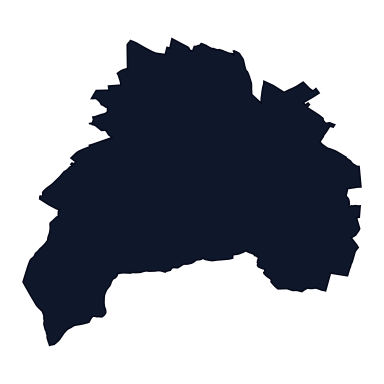 outline of Cucerdea, Mures, Romania
{"feature_id": "2599482B79470279503619", "entity_name": "Cucerdea", "entity_type": "district", "adm_level": 2, "iso_a3": "ROU", "parent_name": "Romania", "parent_adm1": "Mures", "projection": "robinson", "projection_center": [24.246, 46.395], "detail": "fine", "context": "isolated", "style": "filled", "palette": "ink", "viewbox_px": 384, "rotation_deg": 0, "n_neighbors": 0, "source": "geoboundaries", "source_scale": "gbopen_adm2", "svg_char_len": 5851}
<svg xmlns="http://www.w3.org/2000/svg" viewBox="0 0 384 384"><path d="M358.3,247.5L356.4,244.5L351.2,237.8L355.6,235.2L359.0,230.3L359.7,228.7L356.5,217.6L359.3,217.3L360.2,205.8L359.1,206.0L355.1,205.6L352.8,206.0L351.6,205.7L351.0,206.0L350.7,206.5L350.1,206.6L349.3,206.1L349.0,205.3L349.4,204.0L349.1,203.4L349.2,201.7L348.6,199.2L348.1,198.4L346.4,196.4L346.1,195.6L346.1,195.0L346.7,193.3L346.7,192.5L347.0,192.1L347.1,191.2L347.4,190.1L347.3,188.7L357.8,187.1L361.0,187.0L359.1,166.4L357.5,166.4L356.2,165.9L352.8,163.8L352.2,163.2L350.4,160.9L347.6,159.0L346.2,158.0L346.1,157.2L336.2,151.3L334.6,150.6L330.4,149.0L328.3,148.4L327.0,147.8L324.4,146.0L322.2,144.3L321.1,143.3L320.7,142.5L319.9,141.8L323.4,136.4L323.2,136.0L326.5,131.5L329.8,126.3L331.4,126.6L333.2,127.2L334.8,124.7L332.7,124.0L329.6,122.7L327.0,123.2L325.9,123.3L325.1,122.7L323.2,120.3L323.1,118.6L322.5,117.9L318.8,115.0L307.0,107.4L309.5,104.6L308.1,103.0L305.2,105.0L303.4,102.6L312.8,97.1L319.2,93.0L316.5,89.3L315.9,88.5L314.6,89.8L312.8,90.9L310.3,89.1L309.2,88.2L303.2,82.1L296.5,86.4L291.5,88.9L289.8,89.5L284.2,92.3L283.7,92.1L273.2,85.5L263.9,81.2L263.7,84.2L262.9,86.9L262.3,90.2L261.9,93.3L261.7,95.5L261.3,97.5L261.2,99.4L261.1,103.2L251.7,94.4L251.7,92.9L251.5,89.3L251.5,84.6L251.2,82.6L249.1,75.9L248.6,74.5L247.3,71.6L246.4,70.9L245.9,70.3L244.8,66.4L243.5,60.5L242.9,58.8L241.1,56.2L239.7,54.0L239.2,53.4L237.1,52.1L234.0,50.8L233.4,51.0L234.0,52.3L234.1,53.2L233.7,54.9L233.3,53.8L228.9,53.2L224.0,51.3L222.9,50.7L219.2,49.6L217.3,49.9L213.3,48.5L212.7,48.5L212.2,48.8L208.7,47.0L205.5,45.1L201.3,43.5L200.7,44.0L200.1,44.9L200.1,45.4L199.8,45.5L199.0,45.6L198.3,45.5L197.9,45.6L196.6,46.3L195.5,46.4L195.1,46.6L194.3,46.4L193.4,48.7L193.1,50.2L192.4,50.8L191.2,50.6L190.6,50.9L190.2,50.3L189.6,50.1L189.7,49.6L189.2,49.1L189.1,48.6L188.5,47.6L187.9,47.1L179.7,42.8L171.9,38.6L169.9,48.1L167.0,47.3L165.2,54.5L155.9,53.2L152.4,51.8L144.4,47.6L137.0,43.3L134.7,42.2L130.5,40.5L129.1,42.3L128.0,43.5L127.2,44.6L127.5,68.5L123.4,69.7L121.1,70.7L119.2,72.0L117.3,73.4L118.2,74.8L120.1,80.6L120.6,82.5L120.8,85.1L108.4,86.0L108.9,88.9L109.0,90.2L96.2,90.5L92.9,96.0L91.4,98.6L96.2,98.5L97.1,99.4L98.2,100.2L100.0,102.1L101.3,104.5L101.7,104.9L102.6,104.9L103.0,105.1L103.3,105.6L104.2,105.9L105.4,106.9L106.1,107.2L106.9,107.2L107.4,107.4L107.5,107.9L107.4,109.2L107.6,110.8L107.4,111.6L106.6,112.6L105.3,113.4L103.6,114.0L101.1,114.6L94.7,116.8L92.8,117.0L93.5,119.7L92.1,123.3L90.0,123.3L89.6,123.5L89.8,123.8L91.2,123.8L92.2,124.6L94.3,125.0L95.6,125.7L101.4,130.4L101.9,130.5L105.1,130.1L105.5,130.4L106.7,131.7L108.8,135.0L110.1,135.8L111.9,137.3L112.1,137.5L93.0,144.2L89.3,145.3L89.9,146.7L82.8,149.4L78.1,151.6L76.0,153.2L70.9,158.0L75.8,161.9L74.1,163.8L73.7,163.6L73.4,163.9L72.0,163.0L70.8,164.2L72.3,165.8L72.1,166.1L70.0,166.9L68.9,168.0L67.6,169.4L66.1,170.6L64.1,171.7L59.4,177.2L51.8,184.5L46.7,188.2L43.2,191.5L42.6,192.8L42.7,193.5L42.8,194.1L42.7,195.3L42.5,195.8L41.8,196.2L40.3,196.0L40.0,196.1L39.7,197.4L39.8,198.4L39.6,198.9L48.9,204.8L56.3,208.7L59.4,209.9L59.2,210.3L58.6,211.0L58.3,211.8L58.3,216.3L57.1,216.8L56.2,217.4L53.7,219.8L53.0,220.6L50.4,222.7L50.2,223.2L50.0,224.1L50.2,227.1L50.2,228.4L50.0,230.4L49.5,233.1L48.1,237.1L47.8,238.8L47.7,239.9L47.3,240.9L44.7,244.2L42.1,246.9L40.1,248.6L38.2,250.9L36.2,252.8L35.5,253.3L34.1,256.5L32.4,258.0L31.4,258.8L30.4,259.8L29.2,262.7L27.8,266.5L23.0,282.0L30.4,295.1L36.5,305.4L38.9,308.1L40.3,309.3L40.9,310.0L42.1,311.1L42.5,311.8L43.6,314.8L43.9,316.1L44.0,317.4L43.8,318.0L43.9,318.7L44.3,320.6L44.2,321.8L43.9,323.0L43.9,324.4L45.2,329.4L46.4,332.0L46.5,333.4L47.3,335.5L47.1,336.7L47.1,337.8L48.4,342.0L49.1,343.7L49.5,345.4L51.5,344.8L53.9,344.5L56.0,342.9L58.5,340.6L59.7,339.2L64.1,332.8L66.9,329.8L68.3,328.8L71.6,327.1L72.6,326.3L74.7,325.3L81.4,324.2L87.1,322.8L88.8,322.2L89.4,321.6L89.9,320.4L91.0,318.3L92.6,316.4L93.7,316.2L95.1,316.3L97.0,316.8L98.2,316.6L101.1,316.9L102.2,316.8L103.8,315.5L104.5,314.8L105.6,313.1L105.8,312.1L105.7,310.6L105.5,309.4L104.7,307.5L104.3,305.8L104.0,302.4L104.2,297.4L104.4,295.4L104.7,294.3L105.4,292.5L106.6,289.8L108.5,287.3L109.7,285.9L110.7,283.8L111.1,282.2L112.6,279.4L113.2,278.9L115.2,277.8L115.8,277.3L116.2,276.7L116.7,276.2L117.1,275.5L117.8,273.5L123.0,272.8L125.9,272.9L130.5,273.1L132.2,272.5L135.7,272.6L140.0,272.4L141.7,272.0L142.7,271.6L145.9,270.9L149.6,271.2L155.4,271.0L158.1,270.6L160.0,270.7L161.9,271.1L163.7,271.7L165.3,272.1L166.0,271.5L167.6,270.9L170.4,270.3L171.5,268.3L173.4,267.5L177.5,267.8L178.3,267.5L183.3,264.3L184.2,264.1L187.1,264.1L188.1,264.0L191.0,263.3L192.7,262.6L193.8,262.0L194.6,261.2L196.2,260.2L196.7,259.9L200.1,259.6L201.0,259.3L202.0,258.8L202.8,258.2L204.8,259.3L206.3,259.7L211.8,260.7L212.9,260.6L218.9,259.8L219.2,259.9L229.3,259.0L232.7,258.1L232.8,254.7L235.6,254.5L238.8,253.9L244.1,251.8L244.6,251.4L245.4,251.0L245.9,251.0L249.8,252.7L252.7,253.6L253.3,254.2L254.3,254.7L254.5,255.0L254.6,255.5L255.0,255.8L256.4,255.8L256.9,256.6L257.6,257.0L258.2,257.5L258.4,257.7L258.5,258.3L258.3,259.0L257.6,260.2L257.6,261.5L257.3,262.3L257.4,262.7L258.0,263.6L257.9,264.1L257.5,264.7L257.4,265.3L258.1,266.5L258.6,267.0L262.8,268.7L264.3,269.1L264.6,269.3L264.7,270.3L265.1,271.8L264.9,272.0L263.8,272.3L263.7,272.8L264.1,273.6L266.0,275.6L267.9,277.1L270.5,278.8L271.3,279.9L271.4,280.2L271.4,280.6L271.1,281.1L271.0,281.6L271.2,282.1L273.9,285.2L275.3,286.6L277.1,288.2L278.0,288.9L286.9,288.6L292.4,290.4L293.6,290.5L295.3,290.4L296.9,290.4L300.2,291.2L301.0,291.5L301.6,291.6L302.2,291.5L303.8,290.2L305.4,289.2L307.5,288.1L310.5,288.5L312.4,288.5L314.7,288.1L316.4,288.1L321.8,290.1L325.2,290.7L325.6,290.9L330.5,273.1L347.5,275.8L349.6,268.7L350.6,266.3L350.9,264.6L352.3,261.6L355.2,251.5L356.7,249.4L358.3,247.5Z" fill="#0f172a" stroke="#020617" stroke-width="1.5"/></svg>